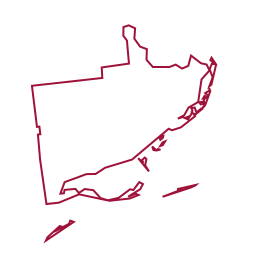 Isla Mujeres, Quintana Roo, Mexico, rotated 83°
{"feature_id": "50627088B16692163202625", "entity_name": "Isla Mujeres", "entity_type": "district", "adm_level": 2, "iso_a3": "MEX", "parent_name": "Mexico", "parent_adm1": "Quintana Roo", "projection": "natural_earth1", "projection_center": [-86.89, 21.403], "detail": "medium", "context": "isolated", "style": "outline", "palette": "rose", "viewbox_px": 256, "rotation_deg": 83, "n_neighbors": 0, "source": "geoboundaries", "source_scale": "gbopen_adm2", "svg_char_len": 1862}
<svg xmlns="http://www.w3.org/2000/svg" viewBox="0 0 256 256"><g transform="rotate(83 128 128)"><path d="M193.5,218.2L193.7,205.8L187.9,184.6L198.0,155.2L198.2,134.8L195.8,125.7L194.2,128.4L196.2,136.2L190.3,123.4L185.5,120.0L183.1,123.4L190.2,130.2L189.1,133.4L196.2,145.8L197.3,156.8L194.2,163.8L185.5,170.0L183.3,178.4L186.5,184.7L182.0,187.6L181.7,198.5L185.0,199.6L184.9,203.1L174.0,197.5L168.7,174.9L169.7,165.8L164.7,155.7L159.8,127.8L133.7,87.7L135.6,84.6L133.8,75.4L124.4,59.9L121.4,61.6L122.7,59.3L118.3,52.3L117.7,53.0L120.9,58.2L115.9,59.3L115.8,62.8L118.8,61.9L122.2,63.7L126.7,67.5L123.8,72.4L124.8,77.4L122.1,70.6L115.1,65.4L110.8,55.2L88.7,49.1L80.8,40.1L74.6,42.2L72.6,47.7L63.8,56.6L73.7,60.6L75.6,67.1L70.9,72.9L72.5,79.5L70.5,95.9L62.6,101.3L52.0,99.7L48.7,106.1L40.1,110.8L29.9,108.8L26.2,114.8L27.3,120.2L35.8,121.4L41.1,118.4L64.2,119.2L64.7,146.7L75.2,147.4L74.4,218.2L115.8,218.2L115.8,215.8L123.5,215.8L123.5,218.2L148.8,219.1L193.5,218.2ZM214.6,193.3L212.9,196.6L215.9,198.2L222.0,213.8L218.0,205.3L217.0,207.7L226.6,221.2L229.8,223.2L214.6,193.3ZM70.7,38.0L75.2,33.9L74.6,37.0L79.7,39.8L88.0,37.8L96.5,42.2L95.1,39.9L75.7,32.8L68.4,36.5L70.7,38.0ZM101.4,41.8L98.2,42.6L100.6,42.5L102.8,47.1L105.7,44.5L109.1,49.4L114.3,49.1L117.8,52.1L114.9,48.7L101.4,41.8ZM200.5,102.1L194.7,72.7L193.2,68.1L192.7,67.4L194.7,86.7L195.4,81.5L200.5,102.1ZM173.7,112.5L167.0,115.5L161.0,113.5L159.4,115.0L161.4,117.8L164.5,117.1L159.2,121.6L173.7,112.5ZM145.8,92.8L146.5,95.4L149.8,98.2L149.3,95.6L145.8,92.8ZM153.3,98.4L152.6,101.0L153.6,102.6L149.3,106.2L153.0,105.4L153.8,102.5L153.3,98.4ZM113.2,50.4L111.1,51.2L111.1,54.2L113.4,53.0L113.2,50.4ZM140.2,93.9L141.0,98.0L143.7,97.3L141.9,94.5L140.2,93.9ZM106.9,48.2L104.7,47.5L107.3,49.5L106.9,48.2ZM125.9,67.7L123.8,65.6L124.9,69.9L125.9,67.7Z" fill="none" stroke="#9f1239" stroke-width="2"/></g></svg>